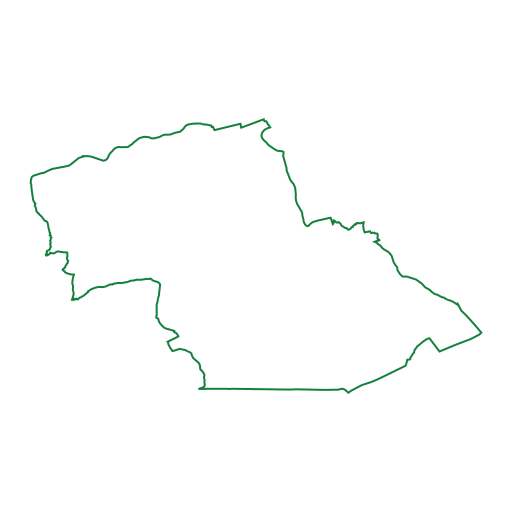 the district of Melinesti, Dolj, Romania
{"feature_id": "2599482B7239267207369", "entity_name": "Melinesti", "entity_type": "district", "adm_level": 2, "iso_a3": "ROU", "parent_name": "Romania", "parent_adm1": "Dolj", "projection": "orthographic", "projection_center": [23.668, 44.557], "detail": "fine", "context": "isolated", "style": "outline", "palette": "green", "viewbox_px": 512, "rotation_deg": 0, "n_neighbors": 0, "source": "geoboundaries", "source_scale": "gbopen_adm2", "svg_char_len": 5951}
<svg xmlns="http://www.w3.org/2000/svg" viewBox="0 0 512 512"><path d="M481.3,332.6L476.5,326.9L470.7,320.3L465.6,314.8L461.3,310.7L460.9,310.0L459.8,307.7L458.7,306.0L458.4,304.8L457.7,304.1L457.5,303.6L457.4,303.7L457.0,304.4L453.3,301.9L451.1,300.9L446.7,299.4L445.3,298.6L444.2,297.7L442.2,297.3L437.3,294.8L434.3,293.8L431.8,291.9L429.8,290.0L427.6,288.6L425.7,287.7L424.6,286.7L421.9,283.7L416.2,279.6L407.6,276.8L406.0,276.5L403.1,276.6L402.5,276.4L401.8,275.9L399.9,273.9L397.5,270.2L397.4,268.6L397.0,267.1L395.7,265.5L393.8,262.5L391.6,255.8L390.9,254.7L390.2,254.1L389.8,253.3L388.5,252.1L383.1,248.8L381.4,247.1L380.8,245.9L378.2,244.2L376.5,242.6L374.6,241.8L375.7,241.4L376.7,240.9L378.5,240.7L379.4,240.1L378.9,239.5L377.8,239.1L377.5,238.5L377.5,236.9L377.8,235.7L377.6,234.0L377.5,233.8L377.3,233.6L375.2,233.5L374.4,232.7L373.0,232.9L372.6,232.6L371.0,233.0L370.6,232.6L370.0,231.3L364.7,232.4L363.7,229.6L363.2,226.4L363.3,224.5L363.7,222.3L360.4,223.3L357.2,223.0L356.8,223.6L355.9,224.1L355.2,224.9L354.9,224.9L355.0,224.3L354.7,224.5L352.9,226.2L352.6,226.6L352.6,227.0L352.0,226.9L350.5,228.7L348.7,229.8L347.6,229.3L347.1,228.4L346.2,228.0L345.3,228.0L344.5,227.6L343.6,226.8L342.0,226.1L341.3,225.2L340.7,223.9L338.6,222.1L337.4,222.6L336.7,222.5L335.9,222.0L335.1,221.2L333.8,220.5L333.7,223.0L332.9,224.1L330.6,217.7L318.5,220.4L313.3,221.9L311.0,223.3L308.4,225.9L307.5,226.2L306.4,225.7L305.5,224.9L304.6,223.7L303.7,221.6L303.3,218.9L302.4,215.7L302.2,213.1L301.8,212.0L297.1,203.8L296.1,200.9L295.7,197.7L295.8,194.0L295.3,189.3L295.2,187.7L293.5,183.9L291.4,181.5L289.9,179.0L287.7,173.1L286.8,171.3L286.4,167.5L283.1,155.8L283.6,153.3L283.4,151.8L282.2,151.3L277.7,150.8L276.4,150.3L274.5,149.2L268.6,145.1L267.4,143.8L266.0,142.0L264.6,141.0L263.2,139.5L261.9,137.5L261.6,136.1L261.6,134.4L262.2,132.6L263.1,131.4L264.4,130.0L265.6,129.2L267.3,128.3L270.2,127.4L268.9,125.4L267.7,123.9L267.0,122.5L266.4,121.4L266.0,121.2L264.8,121.3L264.3,121.0L263.8,120.1L263.7,119.3L241.2,127.7L240.8,126.8L240.9,125.4L240.4,123.8L214.5,130.1L213.3,127.7L213.1,127.0L211.7,127.0L211.4,125.6L206.6,124.6L203.7,124.4L202.2,124.1L201.5,123.7L199.2,123.5L193.9,123.6L188.4,124.4L186.0,125.5L185.8,125.8L184.6,127.0L184.1,128.0L182.4,129.8L181.4,130.4L180.6,131.4L179.8,131.8L175.0,132.8L170.2,134.6L164.6,134.7L162.4,135.4L159.5,137.0L154.0,138.4L151.1,138.3L150.4,137.9L149.9,137.5L147.3,137.0L144.4,136.8L143.3,137.0L139.2,138.2L133.6,142.5L133.0,143.3L131.7,144.5L130.5,145.0L128.4,146.8L126.5,147.1L121.1,147.2L118.8,147.0L117.0,147.3L115.1,148.3L114.0,149.1L112.5,150.9L110.5,152.9L108.9,155.1L108.3,156.8L107.2,158.7L106.5,159.5L105.4,160.2L103.3,160.7L93.0,157.2L89.7,156.3L84.0,156.1L84.2,156.3L78.9,157.9L70.0,165.0L69.0,165.6L64.2,166.7L51.3,169.1L51.8,169.2L48.1,170.7L45.0,172.3L43.3,173.0L43.1,172.8L37.9,174.2L36.6,174.8L33.7,175.6L32.0,176.8L31.6,177.5L31.2,178.9L30.7,181.8L30.7,182.8L31.4,185.2L31.3,186.3L31.7,189.9L33.0,199.1L33.5,200.8L34.2,202.0L34.6,203.1L35.4,203.5L34.8,205.8L35.5,207.1L35.9,208.4L36.2,209.0L36.2,210.8L38.1,213.4L38.9,213.6L39.4,214.5L41.9,216.9L44.5,220.5L45.4,221.0L46.5,221.3L47.2,222.0L47.8,223.7L48.6,228.4L49.2,229.9L49.4,232.0L50.2,233.0L50.2,233.4L49.9,233.7L50.2,234.4L49.7,235.4L50.3,235.8L50.8,235.9L50.9,237.5L51.3,237.8L50.7,238.3L50.7,239.8L50.1,240.7L50.1,240.9L50.6,241.5L50.5,242.6L50.7,243.2L50.3,243.7L50.2,245.0L50.8,246.3L50.7,247.5L49.9,248.3L49.8,249.4L48.4,250.4L47.2,250.8L46.7,251.4L47.0,252.7L46.6,253.0L46.6,253.7L45.9,254.4L45.8,254.8L46.4,255.6L49.1,254.4L50.0,253.5L50.1,252.8L50.7,252.7L50.9,253.2L53.7,253.4L54.9,252.9L56.7,251.7L58.0,251.4L62.5,252.2L67.2,252.5L67.4,254.8L67.3,256.9L66.8,258.1L67.3,259.6L68.2,260.9L67.8,261.5L67.7,262.8L67.6,263.2L66.6,264.0L66.4,264.8L65.4,266.1L65.2,267.1L64.4,268.2L63.1,268.9L63.1,269.2L62.8,269.6L62.7,270.1L64.8,271.5L65.1,272.3L66.7,273.2L70.3,274.3L73.9,274.6L72.9,278.2L72.4,281.7L72.3,283.1L72.3,283.7L73.1,285.9L72.8,289.8L73.5,292.2L73.7,293.9L72.1,299.6L72.8,299.4L73.9,298.7L74.3,299.1L74.8,299.0L74.5,299.5L75.6,299.1L76.1,299.4L77.2,299.0L77.5,299.3L77.9,299.3L79.8,297.6L81.3,297.2L81.9,296.6L83.3,295.9L88.1,292.0L88.0,291.4L90.2,289.9L92.1,288.9L94.9,287.8L98.8,286.9L102.8,287.1L105.3,286.6L107.7,285.6L109.4,284.6L111.4,284.5L112.8,284.1L112.9,284.3L114.0,283.6L119.1,282.9L120.5,283.1L122.9,282.9L124.5,282.4L126.9,282.2L130.9,280.7L133.7,280.5L136.7,279.7L140.5,279.8L146.9,278.9L149.3,279.0L150.4,278.5L152.8,280.4L155.1,281.3L156.8,281.7L158.5,282.5L159.6,283.7L160.1,284.6L159.3,292.0L159.0,293.0L159.1,294.6L158.9,295.6L158.5,296.6L157.8,299.9L157.4,302.4L156.6,304.4L156.7,309.4L156.6,311.6L156.8,314.4L156.8,315.0L156.3,316.1L156.3,317.6L156.7,318.0L158.2,318.6L158.8,321.0L159.4,322.4L161.3,324.9L163.1,326.7L164.7,328.0L165.6,328.4L174.3,330.9L174.3,331.1L173.8,331.4L174.0,332.0L173.6,332.2L174.6,332.2L176.1,333.0L177.2,334.3L178.4,336.2L178.4,336.4L177.3,337.0L167.6,341.8L168.1,342.2L168.3,344.0L168.7,345.0L170.6,348.5L171.6,349.6L172.2,350.9L172.6,351.0L173.5,350.9L179.0,349.1L180.0,348.9L181.9,349.4L184.7,349.9L186.2,350.5L187.3,351.2L190.2,352.4L191.4,353.4L191.7,355.1L192.3,356.1L193.0,357.9L198.4,362.6L199.2,363.6L200.0,365.8L200.3,369.4L202.5,371.4L203.9,373.7L204.4,374.9L204.4,375.8L204.0,377.0L204.0,377.6L204.6,380.0L204.4,381.8L204.8,384.8L204.5,386.1L203.7,387.1L199.3,388.8L199.4,389.0L207.3,388.8L222.2,388.8L227.1,388.8L228.4,389.0L232.5,388.8L283.7,389.5L291.9,389.5L295.7,389.3L324.7,389.9L337.9,389.7L341.6,388.9L343.2,388.9L345.4,390.0L348.3,392.7L351.7,390.4L362.1,385.0L371.6,381.9L375.9,380.1L381.1,377.7L405.4,365.8L406.2,364.2L407.3,359.7L409.5,359.6L410.0,359.4L410.3,359.0L410.4,358.0L410.7,357.0L411.4,356.4L412.8,353.8L413.9,352.8L414.3,352.0L414.3,350.9L414.6,350.0L415.8,348.5L417.3,346.3L418.6,345.4L422.9,341.7L427.3,338.8L429.5,338.3L439.5,351.5L456.1,344.6L470.4,339.2L479.5,334.5L481.3,332.6Z" fill="none" stroke="#15803d" stroke-width="2"/></svg>